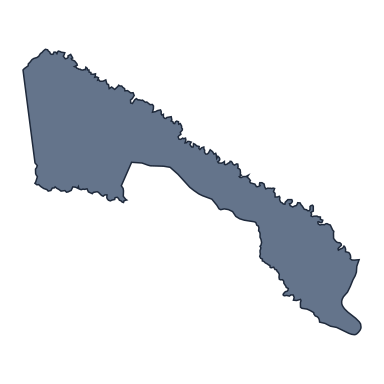 the district of Itajá, Goiás, Brazil
{"feature_id": "56859067B48253804487998", "entity_name": "Itajá", "entity_type": "district", "adm_level": 2, "iso_a3": "BRA", "parent_name": "Brazil", "parent_adm1": "Goiás", "projection": "albers", "projection_center": [-51.232, -19.14], "detail": "fine", "context": "isolated", "style": "filled", "palette": "slate", "viewbox_px": 384, "rotation_deg": 0, "n_neighbors": 0, "source": "geoboundaries", "source_scale": "gbopen_adm2", "svg_char_len": 5937}
<svg xmlns="http://www.w3.org/2000/svg" viewBox="0 0 384 384"><path d="M360.6,324.0L359.3,321.9L355.6,318.2L347.7,312.0L344.4,308.7L342.7,306.2L341.9,304.3L341.7,303.2L341.7,301.2L342.2,299.2L343.4,296.8L347.5,292.1L350.3,286.4L353.0,279.7L355.1,275.9L356.4,272.2L356.8,266.3L359.1,259.7L354.4,260.1L351.9,260.0L350.2,258.7L350.7,257.4L350.4,255.2L349.4,253.2L348.6,252.5L345.5,251.7L345.6,249.2L345.0,247.2L344.0,246.1L342.6,248.1L340.1,249.1L338.4,250.1L338.0,248.9L338.6,247.8L339.9,246.8L341.4,245.2L341.2,244.0L339.8,242.7L338.0,242.6L336.8,242.1L335.5,240.9L333.6,238.4L333.5,233.1L333.8,231.3L332.8,230.3L330.3,225.0L328.7,224.5L327.2,223.7L326.0,223.7L324.4,224.7L321.9,224.5L320.0,225.0L318.2,223.9L317.8,222.0L318.8,221.6L319.8,222.4L320.9,222.7L322.2,222.1L322.8,220.2L320.4,219.3L320.4,217.0L318.1,216.8L317.0,216.1L313.9,216.2L312.4,216.6L311.0,215.9L311.6,214.1L310.9,212.4L313.3,211.1L313.3,206.2L312.5,205.2L311.0,205.6L310.0,206.5L310.0,209.6L309.3,210.7L307.7,210.7L306.5,209.7L304.3,209.3L302.2,206.0L301.0,204.7L300.1,202.9L297.7,202.7L297.0,204.6L296.2,205.6L294.6,206.0L292.7,207.0L290.1,205.6L289.5,203.8L290.7,203.6L291.9,202.4L292.4,201.1L291.8,199.6L287.9,199.6L285.2,202.3L284.9,204.2L283.2,203.9L282.1,202.8L280.8,202.3L279.6,199.8L279.9,197.4L279.3,196.3L277.4,197.0L275.1,197.0L275.0,193.3L273.5,191.7L274.6,188.5L273.2,188.1L271.7,188.5L270.3,188.2L269.1,188.3L267.9,188.1L265.8,188.9L264.7,186.9L264.1,184.0L262.0,182.7L259.8,182.7L259.4,184.2L260.1,185.6L257.7,186.7L256.4,186.6L254.9,184.1L250.5,182.9L249.7,181.7L250.4,180.5L248.7,178.4L247.2,177.1L248.4,175.2L246.0,176.5L243.2,176.6L241.1,177.6L239.9,177.4L239.2,176.6L241.4,175.2L240.3,174.4L240.5,172.7L240.2,169.9L239.3,168.9L237.7,168.0L238.1,166.6L237.8,164.1L236.6,163.9L234.4,165.1L233.0,164.2L232.1,162.4L231.2,161.4L230.1,161.3L229.6,162.7L228.4,163.0L227.4,163.9L225.6,164.7L224.5,164.4L224.4,161.5L223.0,162.5L221.3,163.2L218.5,162.9L217.7,161.8L219.4,160.6L219.8,159.1L219.3,157.7L217.9,156.3L216.7,158.4L216.3,155.1L215.7,153.3L214.0,154.1L212.5,151.6L210.2,149.8L208.4,153.1L207.1,154.1L205.8,154.1L204.5,152.3L204.7,150.2L204.0,149.3L203.8,147.0L201.6,147.8L199.9,149.5L198.9,148.4L199.2,146.5L196.7,145.9L195.2,144.4L193.5,143.6L193.2,146.9L191.9,147.1L191.0,146.2L189.9,144.4L191.2,142.1L188.9,141.4L187.7,141.4L186.5,142.7L185.0,142.9L185.9,140.0L185.5,138.1L183.7,138.7L182.7,138.1L181.4,139.0L180.4,139.4L179.0,139.2L178.1,136.8L179.2,135.5L180.9,134.4L180.3,132.3L182.3,130.1L182.4,128.9L181.6,127.8L181.6,126.1L180.3,123.6L178.7,124.2L178.5,121.7L176.6,121.1L175.4,121.9L174.7,123.6L173.5,123.4L172.8,121.6L171.1,121.0L171.8,119.7L171.2,116.7L166.8,117.5L165.9,118.5L164.5,118.3L163.4,117.0L163.4,114.3L161.9,115.0L161.2,113.9L161.2,111.4L160.5,109.9L157.4,110.6L155.6,111.6L152.5,112.2L153.4,108.7L153.5,106.0L152.4,104.5L150.0,104.6L146.8,102.0L145.4,102.3L142.5,100.1L141.4,100.4L139.5,99.9L138.0,99.9L136.3,98.6L134.7,99.9L132.4,103.5L130.7,103.0L130.5,100.0L132.2,98.7L134.2,95.5L133.1,92.7L130.7,92.9L127.6,90.6L124.9,90.8L124.6,88.6L122.8,87.4L121.7,86.0L120.1,86.0L118.6,85.2L118.1,86.2L114.7,89.4L111.6,87.0L109.2,88.6L108.5,84.5L107.2,84.2L106.6,82.9L105.8,79.9L103.0,81.2L100.1,81.3L98.9,79.9L97.7,80.2L98.5,77.8L96.7,76.9L94.7,77.3L95.3,75.8L95.5,73.8L93.2,74.3L91.0,74.1L90.9,72.5L89.1,72.1L89.0,70.0L87.4,69.9L87.3,68.4L85.9,67.2L85.2,69.7L84.0,69.6L83.0,70.1L80.9,69.8L80.0,69.1L78.9,69.3L78.1,68.6L76.8,68.2L76.2,67.2L74.5,66.6L77.3,65.2L76.9,63.8L74.7,61.0L71.8,59.7L71.3,58.7L72.7,58.0L70.7,54.4L68.0,55.9L68.1,57.4L67.1,58.3L65.3,58.8L63.3,56.2L64.2,54.7L64.8,52.7L61.3,52.2L60.0,51.5L58.3,51.1L57.6,52.0L56.9,53.7L55.8,52.2L54.0,52.1L53.0,54.3L51.2,54.3L50.2,53.5L49.9,52.3L48.2,50.9L47.6,49.8L45.4,49.3L43.5,50.8L42.0,52.5L40.5,53.5L38.7,56.3L37.0,57.5L33.7,58.5L32.0,59.6L30.0,62.2L28.3,63.9L28.2,65.8L24.3,68.6L23.0,70.0L35.0,162.9L37.3,165.6L36.5,167.8L35.5,169.1L35.6,173.4L36.0,174.6L37.4,176.7L35.7,182.0L34.9,183.3L36.9,184.8L38.7,184.6L40.7,186.5L43.7,188.5L46.9,189.6L48.2,191.1L50.9,190.5L52.3,188.1L54.3,187.9L55.1,186.9L56.9,188.4L59.0,189.5L61.0,191.1L64.9,190.6L66.5,192.2L68.1,191.9L71.2,190.4L72.8,186.9L75.5,187.2L77.6,188.2L78.4,186.6L78.9,188.9L81.2,189.7L83.0,189.1L84.6,189.4L87.0,188.8L88.4,191.9L92.3,193.7L93.4,192.4L97.2,191.7L98.5,192.4L101.5,195.4L103.2,196.2L104.5,195.1L105.9,194.8L107.0,194.9L106.8,197.8L107.4,199.0L108.4,200.2L110.3,200.9L112.3,200.0L114.7,199.5L114.9,197.9L116.0,197.4L117.5,197.4L118.7,198.8L119.4,200.2L120.9,200.8L122.2,202.1L123.5,202.5L124.1,200.7L126.7,200.0L125.6,199.2L123.3,196.3L123.5,190.8L123.1,188.4L121.3,185.8L131.6,162.3L142.0,163.0L147.8,165.1L150.3,165.8L163.5,166.2L170.1,167.3L178.0,174.3L189.8,187.3L193.9,190.5L198.8,193.9L202.5,195.7L211.9,199.2L216.9,205.3L219.0,208.8L220.7,209.7L224.2,208.9L228.5,209.6L232.6,211.6L235.8,216.4L239.7,218.8L244.3,220.2L254.4,221.8L255.8,222.5L256.8,225.2L258.3,226.0L258.9,227.8L258.6,230.8L259.6,232.0L260.1,233.7L260.0,237.2L261.0,239.4L261.6,242.5L261.0,245.1L260.0,246.3L260.8,247.6L260.7,248.8L260.0,250.6L260.1,252.7L260.4,254.0L259.7,256.4L260.7,258.3L262.4,259.1L262.3,260.9L263.8,261.4L265.3,262.9L267.4,264.0L268.6,265.0L269.9,265.4L270.1,267.3L271.1,267.8L273.7,267.2L275.0,269.5L276.5,269.8L277.2,271.5L278.2,272.3L279.3,274.4L279.0,277.1L279.3,279.2L280.4,279.8L282.5,279.7L283.7,281.1L283.9,283.3L285.9,286.3L286.2,287.4L288.3,288.5L287.9,290.4L287.0,291.3L285.8,291.5L284.6,292.3L283.1,294.3L283.4,295.4L284.6,295.8L286.5,295.4L289.4,296.1L290.9,294.9L293.2,295.0L294.2,297.5L293.4,300.2L296.6,300.5L300.5,299.4L301.0,300.7L300.4,302.6L300.5,307.2L301.9,308.3L307.0,309.1L310.1,310.5L313.7,312.6L313.9,314.0L315.2,315.9L317.4,316.8L318.5,318.0L319.3,319.8L319.6,322.1L325.0,323.4L330.5,326.2L336.6,327.4L348.8,333.3L351.6,334.3L354.3,334.7L355.6,334.5L356.8,333.8L358.4,332.3L360.1,330.1L360.8,328.5L361.0,327.2L360.6,324.0Z" fill="#64748b" stroke="#1e293b" stroke-width="1.5"/></svg>